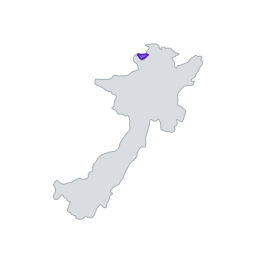 Paktha, Bokeo, Laos (highlighted), rotated 70°
{"feature_id": "54806243B15398508442736", "entity_name": "Paktha", "entity_type": "district", "adm_level": 2, "iso_a3": "LAO", "parent_name": "Laos", "parent_adm1": "Bokeo", "projection": "robinson", "projection_center": [100.681, 19.997], "detail": "fine", "context": "in_parent", "style": "filled", "palette": "violet", "viewbox_px": 256, "rotation_deg": 70, "n_neighbors": 0, "source": "geoboundaries", "source_scale": "gbopen_adm2", "svg_char_len": 4887}
<svg xmlns="http://www.w3.org/2000/svg" viewBox="0 0 256 256"><g transform="rotate(70 128 128)"><path d="M94.1,36.9L95.1,38.9L100.0,44.5L100.9,46.1L102.7,47.2L104.2,52.2L104.8,52.5L105.7,52.2L106.3,51.5L106.8,49.6L107.1,49.4L107.7,50.9L109.0,51.4L109.6,52.1L109.8,53.3L109.6,54.5L108.5,57.4L107.8,61.2L112.6,69.4L114.7,70.5L119.5,71.8L122.7,73.6L124.2,73.2L125.6,71.2L127.4,70.0L130.6,68.3L131.5,68.2L133.3,68.9L136.2,70.9L140.7,74.7L140.5,75.7L139.7,76.7L137.4,78.2L136.6,79.2L137.1,79.6L139.0,79.8L141.4,80.7L142.1,81.7L142.5,83.9L142.9,84.4L145.1,84.1L145.7,84.4L146.5,85.2L147.3,87.0L147.3,88.5L145.2,90.9L144.9,92.4L143.8,94.2L140.9,97.2L140.1,97.4L134.7,95.7L130.3,95.9L130.0,96.6L130.7,98.4L130.9,100.2L130.3,101.5L127.8,103.3L127.7,104.0L128.2,104.8L131.8,106.4L143.4,115.0L148.7,116.6L151.0,117.7L151.6,118.3L151.6,119.1L151.0,120.0L150.5,121.7L150.5,122.7L151.0,123.7L152.0,125.1L155.2,128.4L157.6,129.2L160.1,132.9L160.9,136.2L162.1,138.3L168.1,145.3L173.2,149.7L176.2,154.3L177.7,155.4L178.1,157.1L178.6,162.0L180.3,164.5L180.7,165.5L181.5,166.2L182.3,166.4L184.0,164.8L184.4,165.0L185.2,167.6L185.9,168.5L188.6,170.1L191.5,173.3L193.0,174.4L194.9,175.3L195.2,176.3L194.8,177.3L194.2,178.0L191.0,179.8L190.5,180.6L192.7,184.6L198.2,189.5L200.0,192.5L199.6,194.0L198.1,196.9L197.0,197.6L196.7,198.5L197.6,200.9L197.5,204.6L196.5,205.4L195.5,207.7L194.8,207.8L193.2,207.0L189.7,210.9L188.2,210.7L186.4,212.8L184.2,213.1L182.6,211.5L179.2,208.9L178.1,207.3L177.0,208.7L175.3,210.0L172.8,209.6L172.1,211.5L171.6,211.8L168.6,212.2L168.1,212.5L168.6,214.2L170.4,217.2L170.9,218.9L169.8,221.7L166.7,221.6L165.3,220.5L163.5,218.1L159.6,216.5L156.9,217.6L156.1,217.6L154.1,215.6L153.3,214.3L152.9,212.4L155.9,210.9L157.4,209.7L158.4,208.4L158.9,207.1L159.3,201.5L159.8,199.6L159.5,197.2L158.7,195.3L158.6,192.5L159.1,190.2L160.2,189.1L161.0,187.4L161.5,183.8L161.1,182.8L159.9,181.9L158.0,181.1L156.8,180.0L156.3,178.7L156.4,177.5L156.9,176.5L155.5,175.4L152.0,174.2L150.1,172.8L149.6,171.1L148.2,168.8L145.7,166.1L144.3,162.1L144.2,156.9L144.4,152.7L145.5,147.8L144.0,144.3L142.4,142.5L140.2,141.1L138.1,139.1L136.1,136.6L133.6,132.8L130.8,127.8L128.9,125.6L127.9,126.1L125.9,125.6L122.8,124.2L120.1,123.4L117.8,123.3L116.3,123.6L115.6,124.4L115.6,125.1L116.2,125.9L115.9,126.5L114.7,126.9L113.7,127.7L112.6,129.5L111.9,131.9L110.7,132.9L109.0,133.1L107.2,133.7L105.5,134.9L104.7,135.8L104.8,136.4L104.4,136.5L103.6,136.2L103.2,135.4L103.2,134.2L102.4,133.3L100.6,132.9L98.5,131.5L94.7,128.1L93.8,127.9L92.5,128.8L90.9,130.8L89.5,131.5L88.4,131.1L87.6,131.8L87.0,133.6L85.9,135.0L80.7,138.7L76.0,143.5L74.8,143.9L72.0,142.6L71.1,141.6L75.0,131.8L75.6,129.4L75.5,126.3L73.8,123.7L73.7,122.9L74.0,122.1L76.0,119.0L78.3,111.2L78.1,108.8L77.1,106.1L76.6,103.5L77.0,100.1L76.8,98.7L75.8,98.0L72.2,97.4L70.1,97.9L69.2,98.9L68.0,99.5L65.7,99.8L63.6,98.6L61.8,96.6L61.4,94.2L63.6,88.9L64.2,86.9L64.1,86.0L63.7,85.0L63.2,84.8L62.0,83.6L60.9,81.4L59.9,80.4L58.9,80.6L58.0,81.4L56.5,83.5L56.0,83.2L57.4,76.0L58.6,72.9L60.1,71.5L61.6,70.9L63.2,71.1L64.6,70.8L65.7,70.1L65.6,69.6L64.3,69.5L63.8,68.7L64.0,67.2L64.6,66.2L65.5,65.7L66.4,64.1L67.2,61.5L68.2,60.2L69.4,60.1L71.4,59.0L74.3,56.8L75.4,54.6L76.5,55.6L76.1,58.1L76.7,58.6L77.0,59.5L76.8,60.9L77.1,62.1L77.5,62.7L78.1,63.0L81.2,62.0L83.1,61.9L86.1,63.7L88.0,62.3L88.0,61.8L86.5,60.1L86.9,53.8L86.7,48.9L84.2,45.4L83.7,43.9L83.4,41.6L82.7,39.6L84.5,38.0L85.5,35.0L86.7,34.3L87.1,34.4L88.7,36.7L90.6,35.5L92.1,35.5L93.4,36.1L94.1,36.9Z" fill="#d9dde1" stroke="#a8b0b8" stroke-width="1"/><path d="M64.8,85.1L64.8,85.5L64.7,85.6L64.7,85.8L64.7,86.1L64.6,86.3L64.6,86.5L64.6,86.8L64.5,87.0L64.4,87.3L64.4,87.5L64.3,87.8L64.3,88.0L64.2,88.3L64.1,88.5L64.1,88.8L64.0,89.0L63.9,89.3L63.8,89.5L63.8,89.8L63.7,90.1L63.7,90.4L63.7,90.5L63.6,90.8L63.7,91.0L63.4,91.4L63.3,91.6L63.3,91.8L63.2,91.8L62.8,92.0L62.7,91.9L62.6,92.0L62.4,92.2L62.2,92.4L62.3,92.5L62.3,92.8L62.2,93.0L62.2,93.4L62.3,93.5L62.3,93.4L62.4,93.5L62.5,93.5L62.7,93.8L62.8,93.8L63.0,93.8L63.3,93.8L63.4,93.7L63.5,93.6L63.8,93.6L64.0,93.5L64.3,93.5L64.5,93.5L64.8,93.5L64.9,93.4L64.9,93.2L65.0,93.1L65.3,93.0L65.5,93.0L65.7,92.9L65.8,92.9L66.0,92.8L66.3,92.8L66.5,92.9L66.8,92.8L66.9,92.7L67.0,92.6L67.3,92.4L67.5,92.2L67.7,91.9L67.8,91.9L68.0,91.8L68.1,91.7L68.3,91.6L68.5,91.5L68.5,91.4L68.4,91.3L68.4,91.2L68.3,90.9L68.4,90.7L68.2,90.5L68.1,90.4L67.9,90.4L67.8,90.2L67.7,90.1L67.6,89.9L67.8,89.8L67.8,89.7L68.1,89.5L68.1,89.4L68.3,89.2L68.1,89.0L67.9,88.9L67.8,88.7L67.7,88.6L67.7,88.4L67.5,88.2L67.5,87.9L67.6,87.7L67.7,87.4L67.8,87.3L67.8,87.2L67.7,87.0L67.5,86.9L67.4,86.9L67.4,87.0L67.2,87.0L67.0,86.8L67.0,86.6L66.9,86.5L66.9,86.4L66.9,86.1L66.8,85.8L66.8,85.7L66.7,85.4L66.7,85.0L66.7,84.9L66.6,84.7L66.5,84.4L66.4,84.3L66.3,84.2L66.2,84.0L65.9,84.3L65.7,84.5L65.3,84.8L65.2,84.9L65.0,85.0L64.9,85.1L64.8,85.1Z" fill="#8b5cf6" stroke="#5b21b6" stroke-width="1.5"/></g></svg>